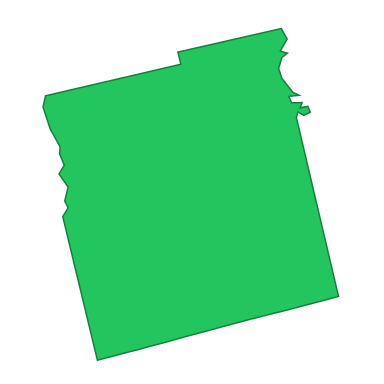 Bates, Missouri, United States of America, rotated 255°
{"feature_id": "52423323B79334401878535", "entity_name": "Bates", "entity_type": "district", "adm_level": 2, "iso_a3": "USA", "parent_name": "United States of America", "parent_adm1": "Missouri", "projection": "robinson", "projection_center": [-94.392, 38.252], "detail": "fine", "context": "isolated", "style": "filled", "palette": "green", "viewbox_px": 384, "rotation_deg": 255, "n_neighbors": 0, "source": "geoboundaries", "source_scale": "gbopen_adm2", "svg_char_len": 894}
<svg xmlns="http://www.w3.org/2000/svg" viewBox="0 0 384 384"><g transform="rotate(255 192 192)"><path d="M53.2,306.5L237.0,312.1L242.0,315.1L237.1,319.7L238.4,326.9L244.8,326.1L245.3,318.3L249.9,321.5L252.3,311.3L259.3,310.3L257.7,320.5L262.2,315.2L278.6,308.2L288.9,307.7L298.6,313.5L301.4,320.1L305.3,313.7L315.1,323.5L326.8,320.5L330.8,214.6L318.3,214.3L322.0,101.7L322.8,75.4L312.7,70.1L289.9,71.3L269.6,76.3L263.4,74.0L250.9,75.6L243.9,68.2L228.8,73.6L216.2,66.7L208.9,68.3L201.7,60.8L145.8,59.4L144.8,59.4L54.0,57.1L53.9,83.1L53.7,101.4L53.8,108.0L53.8,110.2L53.7,121.6L53.7,124.7L53.9,141.8L54.0,148.6L54.0,151.2L54.0,154.4L54.0,161.7L53.9,168.3L53.9,169.2L54.0,180.9L54.0,200.4L54.0,206.8L54.0,211.4L54.0,212.4L53.9,220.6L53.9,222.5L53.8,228.6L53.6,242.1L53.4,246.5L53.4,253.0L53.2,302.2L53.2,303.0L53.2,306.5L53.2,306.5Z" fill="#22c55e" stroke="#15803d" stroke-width="1.5"/></g></svg>